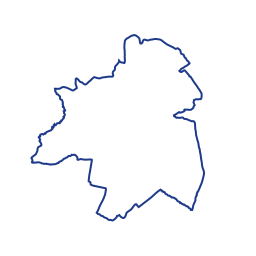 outline of Lubefu, Kasaï-Oriental, Democratic Republic of the Congo, rotated 195°
{"feature_id": "63176286B49230128630829", "entity_name": "Lubefu", "entity_type": "district", "adm_level": 2, "iso_a3": "COD", "parent_name": "Democratic Republic of the Congo", "parent_adm1": "Kasaï-Oriental", "projection": "mercator", "projection_center": [24.451, -4.689], "detail": "fine", "context": "isolated", "style": "outline", "palette": "blue", "viewbox_px": 256, "rotation_deg": 195, "n_neighbors": 0, "source": "geoboundaries", "source_scale": "gbopen_adm2", "svg_char_len": 5802}
<svg xmlns="http://www.w3.org/2000/svg" viewBox="0 0 256 256"><g transform="rotate(195 128 128)"><path d="M152.9,213.2L153.4,212.1L153.5,211.1L153.0,207.5L152.1,203.9L151.6,203.0L151.2,201.6L150.5,199.3L149.9,197.5L149.7,195.9L149.1,194.5L148.5,192.4L148.3,191.6L148.2,190.2L148.4,189.8L149.0,189.7L150.2,189.8L151.3,189.6L153.1,189.8L153.8,190.7L154.0,190.8L153.8,190.2L153.9,189.5L154.3,188.0L155.9,184.9L156.3,184.0L156.2,182.9L155.9,181.7L155.8,180.8L156.2,180.0L156.6,179.4L157.1,178.4L156.9,176.7L156.6,176.2L156.1,175.5L155.9,174.9L155.9,174.2L156.5,173.5L157.6,173.3L158.3,173.0L159.3,172.8L160.8,172.3L162.9,171.3L165.1,170.5L165.7,170.1L166.7,169.7L167.6,168.9L168.8,168.4L171.0,168.3L173.1,168.4L173.7,168.4L174.3,167.9L176.2,164.9L177.0,163.5L177.8,162.6L178.3,161.6L179.3,160.0L179.9,159.5L180.3,159.0L181.2,158.9L182.2,159.2L184.4,160.2L185.6,160.1L186.8,160.5L188.5,161.8L189.2,162.2L190.2,162.6L190.7,162.5L191.2,161.6L190.9,160.9L190.7,159.8L190.1,157.3L189.9,156.7L189.3,156.0L188.8,155.1L188.4,154.6L187.8,153.4L187.9,153.2L190.3,150.3L190.9,150.0L191.8,150.0L193.2,150.3L194.2,150.5L197.3,151.0L198.9,151.1L200.5,150.9L201.4,150.7L202.2,150.3L202.9,149.5L203.9,148.5L204.2,148.3L204.8,148.0L205.8,147.7L208.1,147.2L208.7,147.0L208.3,146.1L207.9,145.8L207.8,144.6L206.1,143.2L205.7,142.3L204.9,142.2L204.2,142.3L203.2,141.5L202.1,141.1L201.7,140.7L201.3,138.8L200.9,138.3L199.1,138.0L198.1,136.7L197.3,135.2L197.4,134.2L196.6,133.2L196.3,132.5L196.6,131.9L196.3,131.4L195.3,131.3L194.8,130.5L194.4,129.7L193.4,129.0L193.2,128.7L193.4,128.2L194.4,127.6L193.9,127.0L193.7,125.9L192.6,124.9L192.4,124.3L192.7,123.5L192.6,122.3L193.2,121.9L192.7,121.2L192.6,120.8L193.2,119.9L193.7,118.5L194.3,118.1L194.4,117.7L194.1,117.1L194.3,116.8L195.1,116.6L195.3,116.0L195.1,115.1L195.7,114.7L196.6,114.7L197.5,114.3L198.1,113.3L198.6,111.9L199.0,111.8L199.4,112.2L200.0,112.1L200.1,112.3L200.5,111.4L200.0,109.9L200.2,109.5L201.4,109.5L201.5,108.8L200.7,107.8L201.4,107.0L201.6,106.0L204.8,103.7L205.8,102.8L206.3,101.1L206.7,101.0L207.2,101.2L208.0,99.8L209.2,100.0L210.0,99.6L210.8,99.0L210.8,98.9L211.1,98.3L210.6,97.4L210.7,97.0L211.5,96.7L211.8,96.0L209.8,94.1L209.7,93.8L210.2,92.9L210.1,92.5L208.1,90.8L207.4,89.6L207.3,88.6L209.7,86.3L210.0,85.2L209.6,82.0L210.0,80.6L210.0,79.6L210.1,79.0L213.1,75.1L213.5,74.0L213.3,73.6L212.5,73.1L211.9,71.9L211.7,71.2L212.0,70.2L211.8,69.9L210.8,69.8L210.1,70.3L209.3,70.3L205.4,71.8L203.5,71.8L201.9,71.5L201.1,71.7L199.9,71.6L197.6,72.4L197.2,72.2L196.4,72.5L194.3,72.5L193.7,72.8L192.8,72.7L191.6,73.4L190.0,73.8L189.2,74.1L187.5,75.2L187.2,75.8L186.1,76.2L185.7,77.5L185.3,77.7L184.7,78.3L184.0,78.6L183.7,79.2L183.1,79.7L182.4,81.0L181.8,81.8L181.2,82.1L179.9,83.5L179.3,83.8L178.1,85.6L176.5,86.1L175.7,86.8L175.5,87.5L174.9,87.5L172.5,88.4L171.1,87.8L169.6,86.8L169.0,85.8L168.7,84.5L168.0,84.3L165.8,85.7L161.8,86.2L160.8,86.4L157.1,87.6L156.0,87.9L154.8,88.0L154.5,87.0L154.2,83.8L153.3,74.5L153.3,73.5L152.3,66.5L151.5,66.1L150.6,66.0L150.1,65.6L149.8,64.5L149.5,63.8L148.7,63.5L146.6,63.3L134.0,64.0L133.4,63.0L132.9,58.0L133.3,54.0L133.6,52.0L135.1,45.4L135.5,41.6L135.9,39.4L136.3,38.0L134.7,37.2L133.0,37.2L131.2,36.3L129.3,36.3L128.1,35.6L125.1,35.3L123.8,34.6L122.8,34.3L122.2,34.3L120.9,34.8L119.2,34.6L118.7,34.9L117.2,36.6L116.4,37.9L115.8,39.4L115.8,40.2L115.3,40.4L113.8,41.7L112.9,40.9L111.7,40.3L110.2,39.8L109.2,39.8L108.5,40.3L107.8,41.5L107.5,43.8L107.4,45.8L107.0,46.4L106.1,47.5L103.9,50.1L101.8,55.2L101.1,56.2L100.4,56.5L99.5,56.0L98.7,55.3L97.2,54.4L87.8,66.7L84.2,72.3L83.4,73.4L82.3,75.0L80.7,76.8L80.0,76.3L79.4,76.5L78.6,75.6L77.7,75.8L77.2,75.3L76.5,75.5L75.9,75.4L74.7,74.1L73.1,73.9L71.7,73.1L70.1,73.3L69.5,72.9L68.6,72.8L67.9,72.2L67.5,72.2L66.6,72.6L66.0,72.4L65.4,72.5L64.5,72.3L64.0,71.9L63.1,71.8L61.1,70.2L58.5,69.8L58.2,69.6L58.1,69.0L57.1,69.2L56.4,68.7L55.6,68.8L54.7,68.2L53.5,68.6L52.9,68.1L51.9,67.8L51.3,67.5L50.6,67.7L50.0,67.4L49.4,67.5L48.8,66.7L47.8,66.3L46.9,66.2L46.1,65.1L44.8,65.4L44.7,67.1L44.9,70.4L44.1,75.5L44.4,76.2L44.7,78.7L44.4,79.7L44.5,80.2L44.1,80.9L44.6,81.9L44.3,82.6L44.5,83.2L44.2,83.7L44.4,84.2L43.8,85.4L43.5,87.2L42.6,94.2L42.5,98.0L42.6,101.7L42.8,104.0L43.8,106.3L45.8,109.1L47.1,111.8L47.5,113.1L49.1,116.5L51.2,121.5L52.2,123.4L53.3,126.1L54.3,127.4L56.5,132.3L57.5,133.7L60.5,139.1L61.5,141.9L62.8,144.6L64.0,148.3L64.7,150.3L66.4,151.6L68.3,151.0L74.3,151.8L75.0,151.5L76.1,151.4L77.5,152.2L78.0,152.3L81.2,151.0L82.9,150.9L83.8,150.4L84.4,150.6L85.2,151.1L86.6,151.4L86.9,152.2L84.9,154.1L83.2,156.1L82.8,156.5L82.3,156.6L81.8,156.3L81.3,156.4L80.1,157.1L78.3,158.5L77.9,159.0L78.3,160.1L77.8,160.6L77.1,160.5L76.5,160.9L73.4,161.4L72.2,161.8L71.6,162.2L70.4,163.9L70.1,164.5L70.2,165.6L70.0,166.3L69.5,167.3L71.3,169.6L71.5,172.0L70.3,173.0L69.1,173.6L67.5,173.8L66.4,174.4L65.3,174.7L65.1,175.0L64.9,175.7L64.9,176.6L65.4,179.0L66.0,180.5L68.8,183.3L70.8,184.9L71.8,185.9L76.8,190.0L78.6,191.7L80.8,193.7L81.9,193.7L82.4,194.5L83.3,195.1L86.1,197.1L88.2,198.4L89.1,197.9L90.4,196.3L91.1,195.8L91.9,195.8L93.1,196.4L92.3,197.9L92.0,198.7L91.0,199.8L90.2,200.4L89.0,201.9L87.7,203.1L86.5,204.5L86.3,205.1L85.4,205.9L85.3,206.5L87.0,207.9L88.5,208.5L90.3,210.4L91.0,210.5L92.1,211.5L93.0,212.9L93.7,213.2L95.8,213.5L96.3,214.1L97.7,216.7L100.0,217.7L100.7,217.9L101.8,217.1L102.6,216.7L105.1,217.5L112.2,218.9L117.2,220.9L118.3,221.4L119.8,221.7L120.9,221.7L122.4,221.4L123.5,221.3L125.3,220.9L127.0,220.0L128.1,219.5L129.3,219.1L130.9,218.0L132.0,217.6L134.7,217.7L135.3,217.5L136.0,216.7L136.2,215.4L136.2,214.0L137.1,213.0L137.8,212.8L138.3,213.3L138.8,214.4L139.6,216.1L140.3,217.5L141.0,218.0L143.4,219.1L144.7,219.4L146.0,219.4L147.1,218.8L147.8,218.3L148.5,218.0L151.6,214.7L152.3,214.1L152.9,213.2Z" fill="none" stroke="#1e3a8a" stroke-width="2"/></g></svg>